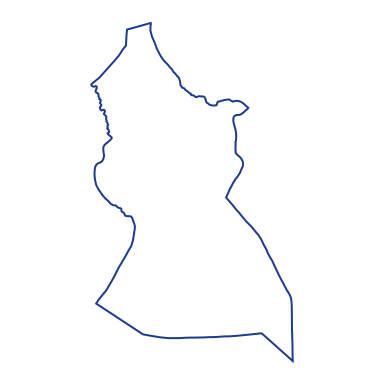 the district of Chantrea, Svay Rieng, Cambodia
{"feature_id": "14789045B26681024602209", "entity_name": "Chantrea", "entity_type": "district", "adm_level": 2, "iso_a3": "KHM", "parent_name": "Cambodia", "parent_adm1": "Svay Rieng", "projection": "albers", "projection_center": [106.102, 10.92], "detail": "fine", "context": "isolated", "style": "outline", "palette": "blue", "viewbox_px": 384, "rotation_deg": 0, "n_neighbors": 0, "source": "geoboundaries", "source_scale": "gbopen_adm2", "svg_char_len": 4376}
<svg xmlns="http://www.w3.org/2000/svg" viewBox="0 0 384 384"><path d="M247.1,109.4L248.3,107.8L246.8,106.6L245.4,105.3L244.0,104.0L242.7,103.0L241.0,101.9L239.0,101.1L236.5,100.8L234.0,101.3L232.7,101.6L230.8,100.5L229.3,99.5L227.1,99.6L225.1,99.9L222.4,100.6L220.9,101.0L219.5,101.5L218.0,101.6L217.5,102.2L217.0,104.0L216.4,105.2L214.4,105.5L212.7,105.5L211.8,105.3L210.7,105.1L209.8,104.9L209.1,104.3L208.5,103.7L207.3,103.0L206.5,102.4L205.8,100.8L205.7,99.4L204.5,97.2L203.3,96.5L202.3,96.4L201.0,96.4L199.1,96.2L197.5,96.7L195.7,97.1L194.6,96.2L193.8,95.6L192.4,95.2L191.6,95.2L191.0,94.6L190.8,93.7L189.7,93.2L188.6,92.3L187.4,91.3L185.9,90.2L184.8,89.3L184.3,88.4L183.0,87.9L181.9,87.4L181.4,86.2L180.8,85.7L180.4,85.1L180.4,84.0L180.0,81.0L178.9,78.0L178.4,77.1L177.4,76.3L175.5,73.9L173.5,72.0L172.7,70.7L172.0,69.3L171.0,68.4L169.4,66.7L167.7,64.5L165.6,62.4L163.5,60.0L161.7,57.7L159.9,54.7L158.5,51.9L156.6,48.2L155.0,43.5L151.9,36.4L150.4,30.4L150.5,25.7L150.9,24.2L150.7,23.0L127.0,29.6L126.5,35.3L126.3,39.1L126.0,45.5L123.2,48.9L119.0,55.4L114.4,60.9L110.4,65.3L103.9,72.6L99.4,77.6L92.2,83.5L91.3,84.5L91.5,85.2L91.9,85.9L93.3,86.7L94.6,86.5L95.8,86.0L96.7,86.7L96.8,88.0L96.3,88.9L95.8,90.5L95.5,91.3L96.4,92.7L97.4,93.0L98.5,94.2L98.5,95.7L98.7,97.0L99.2,97.9L99.6,98.5L99.4,99.2L100.0,99.5L100.8,100.0L100.5,100.7L100.6,101.4L100.4,102.0L99.9,102.9L100.8,104.2L101.4,105.2L100.4,106.9L99.8,107.5L100.4,109.2L100.9,110.2L101.9,110.4L103.0,109.9L103.9,109.9L104.9,110.7L104.8,112.0L104.4,112.5L103.9,114.0L104.9,115.0L105.8,115.9L106.3,116.5L106.3,117.2L106.1,118.8L106.6,120.5L106.4,121.4L107.3,122.6L107.7,124.0L108.1,124.8L107.4,125.9L107.4,127.0L107.8,127.6L107.3,128.7L108.3,129.5L108.7,130.5L109.2,132.0L108.5,132.6L107.6,133.2L108.0,134.1L109.2,135.3L110.2,136.0L111.7,137.5L111.5,138.6L109.6,140.7L106.9,142.9L104.9,144.5L103.4,147.0L103.3,149.6L103.6,152.6L104.1,155.9L103.3,159.1L101.8,161.6L100.3,162.4L97.6,163.6L96.1,165.1L95.2,166.9L94.7,170.1L94.5,173.6L94.7,177.3L95.1,180.1L95.7,183.0L96.3,185.2L97.3,187.2L98.7,189.7L100.7,192.5L102.5,195.2L105.2,198.3L109.0,201.8L110.8,203.8L113.3,205.3L115.7,205.4L116.8,206.6L119.0,208.0L119.7,208.1L120.5,208.2L121.3,208.8L121.3,210.5L121.9,211.7L123.3,212.5L124.3,213.4L125.0,215.5L126.3,216.1L128.3,216.1L130.9,216.4L132.1,217.7L132.7,219.3L133.4,221.6L134.1,223.1L134.3,224.0L134.5,224.7L134.9,226.0L134.7,229.3L134.0,234.1L133.0,240.1L131.1,246.4L128.4,250.8L125.0,257.1L121.6,262.8L118.7,267.6L114.6,275.8L110.9,282.5L106.0,290.7L102.5,294.9L98.7,299.6L96.2,303.6L142.6,334.1L143.4,334.4L144.8,334.7L145.9,334.9L146.9,335.1L148.6,335.4L151.0,335.8L153.1,336.2L155.0,336.4L156.9,336.8L160.6,337.4L163.4,337.6L166.1,337.9L169.3,338.2L172.7,338.1L176.2,338.1L179.8,338.1L184.2,337.8L187.1,337.7L191.4,337.6L194.8,337.6L199.4,337.5L205.2,337.4L209.0,337.1L213.0,337.1L216.0,337.0L218.9,336.8L224.0,336.4L227.7,336.4L231.5,336.2L235.9,335.9L240.2,335.5L244.9,335.0L249.1,334.6L252.9,334.2L256.9,333.8L260.1,333.4L261.8,333.4L292.7,361.0L292.4,342.2L292.0,328.6L291.8,308.4L291.7,304.9L291.5,301.9L291.1,298.8L290.9,298.0L290.3,296.2L289.1,293.7L287.9,291.8L286.6,289.8L285.7,288.0L284.8,286.3L283.6,283.8L282.4,281.7L281.4,280.0L280.2,277.5L279.0,275.4L277.6,272.4L276.7,270.5L275.4,267.8L274.2,265.1L273.2,262.9L272.5,261.3L271.6,259.8L270.6,258.1L270.0,257.2L269.0,255.3L268.1,253.6L267.6,252.6L267.2,251.3L266.5,249.8L265.9,248.6L265.0,247.0L264.3,245.8L263.2,243.6L262.0,241.0L260.8,238.7L259.8,237.2L258.7,235.4L257.3,233.8L255.9,232.1L253.7,229.4L251.7,226.9L249.0,224.2L246.2,221.4L244.0,218.7L242.2,216.6L240.6,214.6L238.9,212.5L236.5,209.9L231.8,204.1L226.1,197.5L226.5,196.8L226.8,196.0L227.2,194.9L227.7,194.0L228.3,192.7L229.2,190.6L229.8,189.0L231.2,186.8L232.2,184.7L233.3,182.6L234.6,180.6L235.4,179.1L237.5,176.7L239.2,174.0L240.1,172.5L240.9,170.5L241.6,168.9L242.4,167.2L242.8,166.2L243.1,164.1L242.9,162.3L242.4,160.9L241.6,159.2L240.3,157.4L239.0,156.3L237.9,155.3L236.6,154.0L235.7,153.0L235.6,151.4L235.5,149.7L235.5,147.2L235.5,145.1L235.7,143.7L235.4,142.0L236.0,140.7L236.1,139.0L236.2,135.9L236.1,133.2L235.7,130.8L235.2,128.5L234.4,125.8L233.8,123.4L233.4,121.7L233.3,119.5L233.4,118.2L233.6,117.3L234.2,116.3L235.7,115.3L236.9,115.0L239.2,114.9L240.8,114.4L241.8,113.8L243.3,112.6L244.7,111.4L246.0,110.1L247.1,109.4Z" fill="none" stroke="#1e3a8a" stroke-width="2"/></svg>